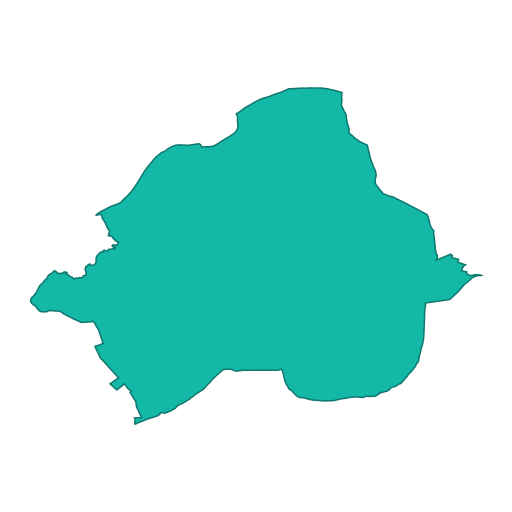 Daia Romana, Alba, Romania
{"feature_id": "2599482B67835289097180", "entity_name": "Daia Romana", "entity_type": "district", "adm_level": 2, "iso_a3": "ROU", "parent_name": "Romania", "parent_adm1": "Alba", "projection": "equal_earth", "projection_center": [23.647, 46.004], "detail": "fine", "context": "isolated", "style": "filled", "palette": "teal", "viewbox_px": 512, "rotation_deg": 0, "n_neighbors": 0, "source": "geoboundaries", "source_scale": "gbopen_adm2", "svg_char_len": 5956}
<svg xmlns="http://www.w3.org/2000/svg" viewBox="0 0 512 512"><path d="M378.0,394.8L378.9,393.8L379.6,392.5L379.9,392.5L380.0,393.0L387.3,391.0L389.6,389.5L390.5,388.3L391.7,387.4L395.0,386.5L396.3,385.9L397.8,384.7L399.3,383.9L400.7,383.6L404.8,379.1L405.5,378.0L407.5,375.9L408.4,374.2L409.5,373.4L412.4,370.3L413.7,368.3L415.3,366.6L416.5,363.9L417.5,362.5L418.1,362.2L418.7,360.3L418.9,358.6L419.3,357.2L419.6,354.9L420.5,352.0L420.8,350.2L421.7,346.7L422.5,344.5L423.6,338.8L423.9,333.3L424.9,307.4L425.4,306.9L425.6,303.0L449.7,299.5L456.9,292.9L458.7,291.0L465.0,283.9L467.0,282.5L472.4,277.7L476.7,275.8L481.3,275.4L480.2,274.8L477.9,275.0L476.2,274.5L471.4,275.5L469.5,275.3L466.5,273.5L466.7,271.9L461.4,270.7L462.3,268.3L463.1,266.9L464.1,265.7L464.9,265.3L465.5,264.9L457.8,262.2L458.6,259.3L452.2,257.8L452.3,255.4L450.6,255.1L450.6,254.2L436.3,260.1L437.1,258.4L437.5,256.5L437.4,255.4L437.0,254.6L436.5,254.1L435.9,252.4L435.4,249.4L434.2,236.9L433.7,234.9L433.6,232.8L433.9,231.0L432.7,229.6L431.6,228.0L430.8,226.6L429.7,223.2L429.3,220.8L427.3,214.7L416.3,208.8L412.6,206.9L411.0,206.2L407.4,204.1L402.2,201.5L396.8,198.9L394.3,197.5L392.6,196.8L390.0,196.3L386.9,195.2L383.6,193.8L382.9,193.3L382.3,192.6L380.2,190.0L379.5,189.3L377.9,187.1L376.4,185.3L375.6,183.8L375.2,182.4L375.2,180.1L375.8,177.1L376.2,175.5L375.7,171.9L375.3,170.6L373.5,166.6L373.0,165.1L372.4,163.6L371.8,162.4L370.7,159.2L370.2,157.6L369.8,155.8L369.2,152.8L368.8,151.4L368.2,149.7L367.8,147.0L367.3,146.0L367.2,145.1L360.0,141.7L354.7,138.0L352.3,135.7L349.1,133.1L348.9,131.5L349.3,129.7L347.1,122.3L346.4,118.4L346.3,115.9L345.6,113.5L344.6,112.0L341.4,105.3L341.9,100.1L341.6,97.1L341.8,93.6L342.0,92.5L340.0,91.9L333.9,90.2L331.0,89.7L329.1,89.1L325.4,88.5L320.8,88.0L312.6,88.0L309.3,87.9L308.2,88.2L301.5,88.1L288.4,88.9L284.3,90.9L280.1,92.6L275.8,93.9L268.9,96.6L263.2,98.2L259.6,99.7L255.5,101.7L244.9,107.8L240.1,111.4L236.2,114.0L237.4,116.0L237.6,117.3L237.4,120.9L237.6,121.3L237.9,127.7L236.5,130.7L235.3,132.4L229.5,136.5L224.1,139.6L216.4,144.6L213.9,145.8L211.6,146.4L209.0,146.7L201.7,146.9L201.3,145.9L200.3,144.5L199.2,143.8L198.3,143.8L194.9,144.3L188.4,145.3L178.1,144.9L175.4,145.3L171.3,146.8L167.4,149.2L164.6,151.4L161.6,152.5L155.7,157.2L148.4,165.9L144.7,170.8L142.5,174.4L138.6,180.9L136.3,184.5L133.9,188.0L130.7,192.4L127.2,196.1L123.5,199.5L121.3,202.0L119.0,203.4L115.3,204.9L112.1,205.8L102.9,210.5L99.5,212.4L96.0,215.1L96.1,215.3L96.6,215.1L99.5,214.6L101.2,214.5L101.4,214.8L101.9,216.1L102.2,218.0L105.6,223.5L106.6,226.0L107.4,227.8L109.6,231.3L108.6,234.1L108.9,234.5L109.2,234.5L109.3,234.9L108.7,235.5L109.2,235.5L109.7,235.5L110.3,236.2L111.0,236.0L112.5,237.0L113.4,237.7L113.0,238.4L113.3,238.7L113.8,239.0L114.5,239.1L115.0,239.3L115.2,239.6L114.9,240.1L115.1,240.6L115.9,240.6L116.3,240.9L116.6,241.5L118.0,241.8L118.5,242.4L118.1,242.9L117.6,244.4L117.3,244.5L117.1,245.2L115.3,245.0L114.8,245.1L114.7,245.2L114.1,245.1L113.0,244.8L112.1,245.8L113.7,247.5L114.8,247.3L115.3,247.6L114.9,248.0L114.8,248.6L114.4,248.9L112.8,248.8L112.2,249.1L111.3,249.0L109.8,249.5L109.2,249.4L108.9,249.2L108.7,250.0L108.3,250.3L106.4,250.7L105.2,250.8L104.3,250.1L103.4,250.6L103.1,251.0L103.2,251.8L102.0,251.8L101.1,252.1L100.3,252.1L99.9,253.2L98.7,253.9L98.4,254.5L97.4,255.4L96.7,256.4L96.2,257.6L96.1,258.0L96.1,261.7L96.0,262.5L95.0,264.1L93.5,265.1L91.6,265.5L90.7,264.7L90.4,264.5L90.1,264.1L89.7,264.0L89.4,264.0L88.8,265.0L88.1,264.9L87.9,265.0L87.7,265.5L85.9,266.6L85.6,267.0L85.1,269.3L86.0,272.3L86.0,272.8L85.8,273.2L86.3,274.1L86.1,274.5L86.1,275.4L84.5,275.5L84.2,275.4L83.6,275.7L83.4,275.7L83.4,276.1L83.1,276.6L82.1,277.3L81.6,277.6L81.2,278.1L80.0,277.6L76.8,278.2L76.7,278.1L75.7,278.2L74.7,278.9L74.2,278.9L74.0,279.0L73.6,278.7L73.2,278.0L72.5,277.5L72.0,277.5L71.5,277.1L70.3,276.6L69.1,275.7L68.0,274.7L67.0,274.0L66.8,274.0L66.3,273.5L66.5,273.4L66.7,272.6L66.8,272.5L64.7,271.9L64.0,272.1L64.2,272.6L64.0,273.1L62.8,273.0L61.1,273.3L59.6,273.6L58.7,274.1L58.3,273.8L58.0,273.0L57.2,272.4L56.4,272.2L56.3,271.8L54.5,270.7L51.5,273.4L48.6,275.1L47.7,276.5L46.9,278.4L46.5,278.8L45.0,279.9L44.2,280.9L43.2,282.5L39.6,285.9L38.4,288.1L37.4,290.5L36.1,292.8L34.9,294.1L35.0,294.4L34.4,295.2L33.3,296.1L31.8,297.5L30.7,299.8L30.7,301.7L31.3,302.8L33.1,304.6L35.5,306.1L37.6,308.9L38.1,309.7L39.0,310.6L40.2,311.3L41.3,311.7L45.2,311.9L46.4,311.8L47.4,311.5L48.5,310.8L49.2,310.6L52.4,310.7L54.3,310.9L57.4,311.0L59.8,311.4L61.2,311.9L63.8,314.0L66.2,315.1L68.0,316.1L70.2,317.1L73.7,319.0L77.8,320.8L79.1,321.3L80.8,322.3L81.6,322.5L92.2,321.7L93.6,321.5L98.7,330.3L99.4,332.2L100.1,334.6L103.1,343.3L99.3,345.0L95.1,346.3L95.4,347.5L100.4,358.0L106.2,364.1L110.1,368.6L118.5,377.7L110.0,383.9L116.8,389.9L124.5,383.9L128.1,388.7L131.3,391.2L130.2,392.6L132.9,397.1L135.9,401.9L136.5,406.8L137.8,409.5L139.5,413.3L141.5,417.5L140.4,417.7L134.4,418.0L135.1,419.1L134.9,420.5L134.8,423.5L134.7,423.9L135.6,424.1L137.5,423.0L147.1,419.2L151.8,417.6L153.0,417.4L155.9,416.2L156.6,416.2L158.1,415.6L158.5,415.3L158.7,415.0L159.8,414.3L159.9,414.2L160.1,412.9L160.3,412.7L161.4,412.6L164.1,413.2L165.1,413.1L165.6,412.9L166.7,412.3L167.3,412.3L170.2,411.1L175.1,408.4L175.6,408.0L176.8,406.4L177.5,405.8L180.2,404.3L181.7,403.7L184.7,402.1L188.7,399.6L189.9,398.9L190.7,398.0L192.0,397.1L193.1,396.4L195.8,394.1L197.7,393.0L200.3,391.2L202.4,390.0L205.4,387.2L207.5,384.6L210.0,382.3L211.4,380.4L216.3,375.6L219.2,373.1L222.4,370.3L223.8,369.4L229.3,369.1L231.9,369.6L234.2,370.6L235.8,371.1L237.8,371.0L242.5,370.3L278.1,370.2L281.3,369.1L282.9,372.2L284.6,379.9L286.1,383.8L289.2,389.1L291.5,390.6L296.5,395.8L299.7,397.6L303.2,397.7L310.3,399.6L313.9,400.2L320.5,400.6L322.9,400.9L329.8,400.8L334.4,400.5L340.4,399.0L344.0,398.4L345.6,398.3L350.5,397.3L356.0,396.9L363.4,397.5L366.0,396.1L370.2,396.5L375.8,396.1L376.5,395.2L377.4,394.4L378.0,394.8Z" fill="#14b8a6" stroke="#0f766e" stroke-width="1.5"/></svg>